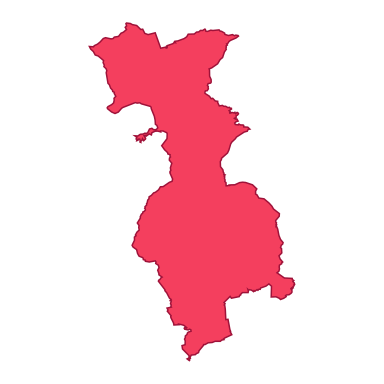 Tismana, Gorj, Romania (Robinson projection)
{"feature_id": "2599482B13244509072735", "entity_name": "Tismana", "entity_type": "district", "adm_level": 2, "iso_a3": "ROU", "parent_name": "Romania", "parent_adm1": "Gorj", "projection": "robinson", "projection_center": [22.909, 45.124], "detail": "fine", "context": "isolated", "style": "filled", "palette": "rose", "viewbox_px": 384, "rotation_deg": 0, "n_neighbors": 0, "source": "geoboundaries", "source_scale": "gbopen_adm2", "svg_char_len": 6005}
<svg xmlns="http://www.w3.org/2000/svg" viewBox="0 0 384 384"><path d="M189.9,361.0L189.1,359.8L190.4,358.4L190.0,357.8L191.2,355.1L195.5,354.6L196.4,353.5L198.1,352.9L198.8,352.0L198.9,350.9L203.6,345.2L203.6,344.6L205.1,344.5L208.1,342.8L212.2,342.5L215.1,341.3L220.3,341.3L221.7,340.1L224.0,339.6L223.5,338.9L224.9,337.9L231.8,334.7L230.2,331.6L230.6,331.3L229.9,329.6L228.0,319.3L225.8,319.6L225.3,309.4L224.8,305.6L224.2,305.0L225.1,303.8L224.0,302.5L230.1,296.4L231.4,298.2L239.3,296.6L239.6,295.4L240.6,295.0L240.6,294.4L242.4,292.6L248.1,292.6L248.4,291.1L247.9,289.4L248.8,290.2L249.6,289.7L251.6,290.2L253.5,291.6L254.1,290.6L254.9,291.2L257.1,289.6L257.9,290.3L259.0,289.2L260.2,289.3L260.6,288.0L266.0,286.1L268.9,283.9L271.5,286.2L271.2,297.0L276.1,296.8L279.3,298.3L280.5,299.5L283.7,298.3L286.2,296.6L285.6,295.6L286.5,295.0L289.1,294.7L291.1,293.3L291.9,292.3L292.0,290.8L290.9,288.6L291.7,287.9L292.3,288.6L292.7,287.6L293.2,287.7L293.0,286.7L294.1,285.7L294.0,284.5L294.6,284.4L294.3,283.0L292.9,281.6L293.8,280.5L292.4,279.6L292.2,278.4L284.4,278.0L277.0,272.8L278.9,271.2L279.5,268.9L279.2,267.2L279.4,265.2L281.7,263.7L281.7,262.8L282.7,262.0L280.1,259.0L279.0,255.8L281.8,252.9L281.5,248.5L280.5,247.7L281.3,245.2L282.6,244.2L283.1,242.6L280.5,239.4L278.9,235.4L277.7,229.1L276.7,226.7L276.0,226.7L276.6,224.8L276.0,224.7L276.5,222.8L275.8,222.2L275.7,220.5L279.2,216.3L279.4,213.6L273.5,209.0L271.9,206.2L269.1,203.1L264.0,198.8L258.9,198.1L256.9,194.7L255.6,194.1L255.6,191.0L256.8,188.9L252.5,184.8L245.6,182.5L242.6,182.2L239.6,182.6L234.8,184.8L230.6,184.9L229.7,185.5L229.1,184.9L228.0,185.7L226.1,185.8L226.0,182.6L224.8,181.5L225.1,180.0L224.4,178.1L224.8,176.9L224.1,176.0L225.1,174.9L223.8,174.4L224.0,173.2L223.3,172.2L222.9,169.8L220.5,166.7L220.3,161.5L221.4,159.6L221.5,158.3L227.5,153.0L228.9,150.0L230.7,143.9L231.8,142.1L235.4,138.7L236.4,137.1L244.3,132.0L247.3,131.2L248.1,129.4L249.8,129.1L247.8,127.2L243.7,126.9L243.7,125.4L243.2,125.0L240.3,124.9L238.9,124.0L238.3,124.9L235.3,124.5L234.7,123.0L236.4,121.5L238.1,121.1L236.9,119.0L235.4,119.1L234.4,118.3L236.1,117.5L236.2,115.6L237.5,115.1L238.5,113.8L238.2,113.1L237.1,112.4L235.6,113.6L234.9,112.3L234.1,113.0L232.5,112.5L229.9,113.2L229.7,112.6L230.4,111.9L229.1,110.7L231.5,109.1L231.4,108.3L230.3,108.3L229.4,107.3L227.9,107.6L225.7,106.3L223.7,106.3L222.5,105.4L219.3,105.9L217.7,102.6L217.7,101.3L215.3,101.0L212.7,98.3L211.2,98.7L209.4,96.2L205.0,93.4L204.9,92.3L205.4,90.9L207.2,90.7L208.4,88.8L208.1,87.9L208.3,86.5L207.4,85.5L208.1,83.6L210.6,83.1L211.2,82.1L211.1,79.5L209.6,76.2L209.5,69.9L209.1,68.9L211.7,67.9L217.6,63.8L220.1,59.6L222.6,57.5L224.4,52.0L226.3,49.3L225.9,48.1L226.3,47.3L226.1,45.9L227.3,45.1L226.7,43.9L227.6,43.7L229.0,41.5L230.5,40.4L236.0,38.0L238.5,36.1L238.1,35.5L235.8,35.1L234.5,35.7L232.5,34.6L228.4,35.5L224.9,34.4L224.6,33.1L221.5,31.3L220.2,31.2L219.1,29.9L212.9,30.5L210.7,30.2L207.7,31.4L205.9,31.3L205.3,29.3L204.8,29.1L202.6,30.5L200.5,30.4L198.8,31.9L196.5,32.1L194.3,34.0L188.2,34.2L186.7,36.8L184.1,38.6L177.9,40.9L174.7,41.3L174.4,41.8L175.3,42.7L173.9,42.7L173.1,43.6L167.0,45.7L167.2,46.5L166.9,47.0L167.4,48.3L166.3,47.2L166.2,47.9L165.8,47.8L165.8,47.1L160.7,48.2L155.2,32.8L148.1,34.6L144.8,33.4L142.7,29.2L140.8,29.5L136.7,25.5L132.3,24.6L130.4,23.5L126.5,23.0L125.9,23.6L126.6,26.0L125.2,27.3L126.5,29.5L123.4,32.2L121.0,33.2L118.5,36.4L114.3,37.1L113.2,38.5L111.2,38.9L105.5,37.7L103.3,38.5L100.1,42.0L97.4,44.2L94.2,45.7L93.6,46.8L89.4,46.5L90.7,49.1L93.4,51.6L95.2,55.0L98.2,56.0L103.6,60.6L103.1,62.6L104.3,65.1L103.9,66.6L106.0,68.6L106.8,70.6L106.2,72.7L108.0,83.4L109.3,84.6L110.6,88.1L112.5,90.2L112.7,91.5L114.3,92.3L114.2,93.5L115.8,96.3L114.0,98.3L114.2,100.1L113.6,102.9L111.7,104.6L108.0,106.6L107.2,107.7L107.5,108.7L111.6,112.0L115.0,113.5L118.3,112.1L121.6,108.3L123.0,107.4L135.3,102.6L137.1,103.1L139.8,102.8L141.3,103.8L150.4,106.4L151.2,107.4L151.2,108.5L154.3,116.2L155.1,120.0L155.4,124.3L156.9,125.4L157.8,127.9L156.2,129.6L153.6,129.7L151.9,128.3L149.5,129.0L147.7,132.7L146.8,133.3L144.5,133.3L143.4,134.0L140.3,134.3L137.8,136.0L134.8,135.8L136.8,137.3L136.1,138.9L137.0,139.2L136.7,140.7L138.0,140.2L138.8,139.0L139.8,139.1L140.1,140.5L140.0,142.1L140.8,142.4L140.6,141.4L141.9,140.4L142.5,138.7L143.7,140.7L145.5,139.0L145.6,138.3L144.1,135.7L147.0,135.2L146.2,135.6L146.0,136.0L146.3,136.1L149.2,133.9L151.4,134.9L151.9,132.7L155.2,131.2L157.7,131.1L160.3,131.8L160.0,131.3L160.3,131.0L163.1,131.0L166.7,132.7L167.2,133.7L167.0,138.7L161.7,145.7L164.6,149.8L167.6,152.6L167.9,154.0L170.1,154.7L170.0,156.2L170.5,157.0L169.5,158.0L169.3,160.1L171.8,163.2L170.4,167.8L170.8,170.6L170.0,171.4L170.2,172.4L169.9,172.8L172.6,179.0L172.1,181.3L169.4,182.3L163.2,186.6L160.4,186.8L158.6,189.8L155.4,192.3L153.6,192.9L151.4,195.4L149.1,196.8L148.9,198.8L147.7,200.1L147.1,203.1L146.6,203.5L146.6,205.1L145.0,206.6L145.2,207.5L144.7,208.3L145.2,208.8L145.4,210.0L144.2,211.4L143.0,211.8L142.6,213.3L141.4,214.2L140.2,216.9L140.4,218.0L137.3,223.0L139.1,225.6L138.7,227.3L139.2,230.0L137.0,232.1L135.4,235.0L136.0,235.8L134.4,237.1L134.5,240.2L132.1,245.3L133.0,247.0L136.6,249.6L137.6,253.6L139.1,256.2L142.7,257.6L143.3,258.6L143.3,259.6L145.3,260.2L145.4,261.3L149.3,262.0L155.3,260.9L156.0,262.0L155.7,263.5L158.3,265.2L159.0,267.6L157.7,270.2L159.0,273.9L158.9,274.8L162.1,277.1L161.0,277.8L159.9,279.5L158.7,280.2L158.4,281.2L165.0,289.8L164.9,290.7L166.7,292.8L169.5,298.2L171.1,299.4L170.2,300.6L171.3,300.9L170.5,303.8L171.2,304.9L170.9,306.5L171.3,307.1L167.0,308.1L168.0,310.0L167.3,311.2L171.1,315.8L170.7,316.5L170.9,317.7L173.5,322.9L173.9,325.0L179.1,324.7L178.8,324.1L181.7,324.7L183.8,325.3L187.3,328.1L185.0,327.4L184.2,328.2L184.7,329.2L188.1,329.9L189.6,329.2L190.8,329.7L191.1,331.2L188.3,332.1L187.4,333.0L187.0,334.5L185.3,336.0L185.3,337.6L184.5,339.1L185.2,340.8L185.1,344.7L182.0,345.6L182.5,349.0L189.1,355.7L188.9,358.0L187.1,358.9L189.9,361.0Z" fill="#f43f5e" stroke="#9f1239" stroke-width="1.5"/></svg>